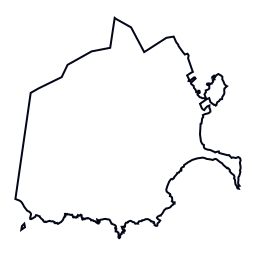 outline of Kritar - Sirah, `Adan, Yemen
{"feature_id": "15242507B68167315655913", "entity_name": "Kritar - Sirah", "entity_type": "district", "adm_level": 2, "iso_a3": "YEM", "parent_name": "Yemen", "parent_adm1": "`Adan", "projection": "robinson", "projection_center": [45.033, 12.772], "detail": "fine", "context": "isolated", "style": "outline", "palette": "ink", "viewbox_px": 256, "rotation_deg": 0, "n_neighbors": 0, "source": "geoboundaries", "source_scale": "gbopen_adm2", "svg_char_len": 5889}
<svg xmlns="http://www.w3.org/2000/svg" viewBox="0 0 256 256"><path d="M114.7,17.9L110.2,47.8L91.6,51.4L67.6,64.8L61.7,77.1L38.4,88.5L30.7,92.9L15.4,199.0L19.8,200.7L21.4,202.0L22.7,203.9L24.2,206.8L27.1,210.6L28.5,211.4L29.2,211.6L30.6,213.0L31.0,214.0L30.9,215.1L30.1,217.8L30.3,219.0L31.1,219.1L31.7,218.6L32.0,218.7L32.5,218.5L33.6,217.7L35.0,217.0L35.6,216.2L35.9,215.2L37.0,215.3L39.8,216.4L39.8,217.1L40.5,217.6L41.0,218.4L43.1,220.1L43.1,220.6L43.9,221.6L45.1,222.1L45.4,222.0L45.5,221.7L46.3,222.0L47.4,221.5L49.7,220.8L50.3,221.2L51.7,221.4L52.6,221.2L53.5,221.6L54.5,222.0L54.4,222.7L55.0,223.2L56.2,223.1L57.1,222.9L57.5,223.7L58.0,223.9L58.8,223.3L61.1,222.0L62.5,220.5L63.2,219.4L64.0,217.3L64.8,217.0L64.9,216.6L64.8,216.0L65.6,215.7L65.6,215.2L66.0,214.8L65.5,214.4L65.1,214.4L65.0,213.9L65.6,213.8L66.0,214.1L67.3,213.9L67.8,214.5L69.2,214.4L69.7,214.7L70.2,214.7L71.3,215.0L72.0,214.7L72.4,215.0L72.5,215.6L73.0,216.6L73.0,217.1L73.3,217.4L74.0,217.3L74.2,217.0L74.5,217.3L75.2,217.5L75.6,217.5L76.2,216.9L76.4,217.2L76.9,216.5L77.3,216.4L77.6,216.7L78.0,215.1L79.3,215.7L80.8,214.7L81.6,215.3L81.2,216.0L81.6,216.7L81.6,217.1L82.1,217.4L82.1,219.1L82.4,219.5L82.7,219.3L83.5,219.3L83.8,218.8L84.0,219.1L84.3,219.1L84.5,218.9L84.8,218.8L85.1,219.0L85.6,218.6L86.2,218.2L87.1,218.5L87.9,218.0L90.5,219.2L90.9,219.6L91.0,220.2L91.1,220.4L92.5,220.2L93.2,220.4L93.6,221.0L94.9,221.1L95.8,222.1L96.2,222.1L96.5,222.5L96.9,222.6L97.2,223.1L98.3,223.6L98.6,223.5L98.8,223.0L99.0,222.7L99.3,222.6L99.5,222.3L97.4,220.8L97.2,219.6L99.8,220.8L100.3,219.8L102.3,219.5L103.8,219.1L105.5,218.9L107.7,219.4L108.7,219.4L109.5,219.8L110.1,220.5L110.4,221.6L111.3,222.6L111.3,223.5L111.5,223.7L114.8,225.0L115.9,226.1L115.9,226.8L115.8,227.4L115.4,227.5L115.1,228.0L115.4,228.3L115.8,228.4L115.6,228.8L116.3,229.1L115.7,230.5L115.6,231.4L117.3,231.6L117.8,232.6L118.4,232.6L118.7,233.7L118.5,235.1L119.0,235.6L118.5,236.4L118.5,237.5L119.0,238.1L119.4,238.1L119.6,237.9L120.1,237.3L120.1,235.8L120.4,235.3L120.8,234.2L121.6,234.0L121.7,233.0L122.0,232.4L122.4,232.4L123.3,232.6L123.0,231.8L124.2,231.6L124.7,231.0L124.8,230.6L124.6,230.1L123.5,229.5L123.4,230.0L122.8,229.8L121.7,226.8L123.2,226.7L124.3,227.4L125.0,226.6L125.0,226.3L124.7,225.8L125.2,225.0L125.2,224.0L126.0,222.7L126.7,222.6L127.4,222.7L128.0,222.3L128.0,221.8L129.4,221.1L130.7,220.8L131.5,221.2L132.8,222.1L133.8,222.1L134.5,222.6L135.2,223.7L135.9,223.7L136.3,223.5L137.9,223.6L137.7,223.1L138.3,222.5L138.8,221.5L139.3,221.4L139.5,221.2L141.6,221.1L142.2,220.2L142.7,220.4L144.6,219.8L145.5,219.2L147.1,219.1L148.0,219.2L149.5,219.9L150.6,220.6L150.6,221.0L150.9,221.4L151.3,221.6L151.9,221.4L153.8,222.0L153.6,223.0L154.2,223.1L154.4,224.1L154.7,224.6L154.7,225.2L156.0,225.9L157.3,225.6L157.5,223.5L158.2,222.8L159.1,222.1L160.2,220.5L157.8,219.0L156.9,217.8L157.7,216.6L159.9,215.5L160.8,215.6L161.1,214.8L162.1,213.9L164.5,209.8L165.3,209.3L166.2,208.4L166.9,208.5L168.1,208.1L169.0,207.9L170.3,207.2L171.0,206.5L171.3,205.9L172.7,204.9L173.1,204.7L173.4,204.4L173.4,203.7L174.3,203.3L174.6,203.4L174.6,202.3L173.8,202.4L173.1,202.2L172.2,201.6L171.8,201.2L172.3,200.3L172.0,197.3L171.2,196.8L170.7,196.2L170.0,196.1L170.4,194.8L170.1,194.0L169.9,193.9L169.6,194.1L169.3,193.5L168.6,193.0L167.8,192.6L167.1,192.0L166.5,191.1L166.3,189.6L167.3,186.2L169.2,181.6L170.8,179.3L171.7,178.9L172.4,179.3L173.9,178.2L174.0,177.4L177.0,173.9L177.3,172.9L178.4,172.8L179.1,172.4L179.2,171.8L180.5,170.8L181.3,170.7L181.4,170.1L181.4,169.7L180.8,169.4L181.0,168.6L181.4,168.5L181.5,168.0L182.4,167.2L183.8,166.7L184.1,165.1L188.1,162.3L192.3,159.9L197.2,158.4L202.8,157.6L204.9,158.1L206.6,158.9L210.4,159.4L212.9,160.0L213.7,159.4L215.7,158.9L216.7,159.4L219.8,161.9L222.1,163.3L223.4,165.0L227.2,168.3L227.6,167.9L228.4,168.4L229.3,169.3L229.9,170.2L229.7,171.1L230.2,171.9L231.7,173.5L233.6,174.9L234.2,175.8L234.5,177.2L234.0,178.2L235.0,179.9L235.4,184.0L236.7,186.1L237.5,188.4L238.8,188.7L237.9,186.6L238.4,186.0L239.5,185.8L238.2,184.0L238.2,181.6L238.5,179.5L238.3,178.1L238.6,176.8L239.1,176.4L239.8,174.2L240.4,171.7L239.9,170.5L240.5,169.0L240.6,167.0L239.9,162.7L240.6,160.4L240.2,158.4L238.3,157.0L236.0,158.0L232.8,157.4L231.6,157.9L229.0,155.0L228.0,155.3L219.2,153.0L218.9,151.5L217.6,151.6L215.2,152.4L214.9,152.0L213.4,151.5L210.8,150.2L208.9,149.7L208.1,149.8L205.0,148.7L204.0,147.5L203.8,146.0L203.9,144.9L202.6,144.3L201.6,142.8L200.9,141.1L200.0,134.3L200.6,123.8L201.5,123.5L202.2,118.3L203.2,117.2L202.9,115.1L205.0,114.1L208.6,113.2L210.4,111.7L210.2,109.5L209.4,108.1L209.4,105.5L207.3,106.4L205.7,108.0L204.2,110.1L203.0,109.5L201.9,108.4L200.0,103.8L206.5,99.3L209.2,98.1L210.4,102.1L214.0,104.9L214.6,104.7L215.7,105.6L216.4,105.0L216.8,103.5L217.3,102.2L219.2,101.0L220.3,99.3L222.1,99.1L222.2,97.2L224.1,94.1L224.4,92.7L224.2,90.7L224.4,88.5L227.0,86.2L225.9,85.6L224.5,84.2L223.4,81.3L222.3,79.4L222.4,76.8L220.9,75.4L218.3,74.0L216.1,75.4L215.3,76.8L214.1,75.6L212.5,76.7L212.1,77.7L213.8,78.0L214.5,79.4L213.2,79.7L212.7,80.0L213.2,81.1L212.6,82.5L211.9,83.1L211.7,83.7L210.5,83.7L209.9,84.4L209.2,83.4L208.3,83.4L207.2,83.6L206.9,84.5L207.7,85.1L209.4,85.3L209.2,87.0L209.4,88.1L208.8,89.1L207.3,89.9L205.7,90.4L205.9,92.2L204.5,94.2L205.0,95.9L206.0,98.1L205.0,98.7L203.7,98.1L202.2,98.2L201.1,97.5L199.8,97.2L197.5,94.7L198.3,93.3L199.5,93.0L199.8,92.1L199.4,90.8L198.3,90.7L197.7,91.8L197.3,92.8L196.1,92.1L196.3,91.2L195.2,89.3L194.0,87.9L193.6,85.8L192.9,85.4L191.0,83.7L191.3,82.4L192.9,81.1L195.6,78.5L194.8,77.4L194.0,77.4L190.6,80.2L189.8,81.3L188.6,81.1L189.1,79.4L187.1,75.4L191.0,72.8L192.9,71.9L192.3,70.5L188.1,58.3L188.6,55.4L187.5,53.7L184.8,54.5L182.2,51.2L178.6,46.1L178.0,44.4L176.3,42.4L173.7,36.6L166.4,37.8L144.2,52.1L131.1,27.4L116.3,19.1L114.7,17.9ZM25.0,227.2L24.3,223.7L22.0,226.0L21.3,229.8L25.0,227.2Z" fill="none" stroke="#020617" stroke-width="2"/></svg>